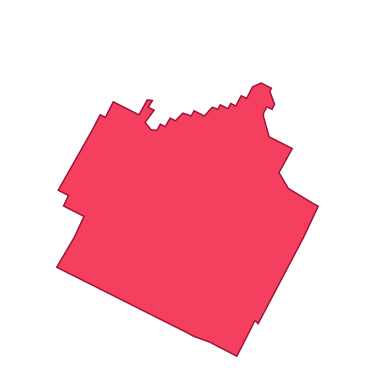 Tuscaloosa, Alabama, United States of America (Robinson projection), rotated 297°
{"feature_id": "52423323B92011906728955", "entity_name": "Tuscaloosa", "entity_type": "district", "adm_level": 2, "iso_a3": "USA", "parent_name": "United States of America", "parent_adm1": "Alabama", "projection": "robinson", "projection_center": [-87.372, 33.307], "detail": "fine", "context": "isolated", "style": "filled", "palette": "rose", "viewbox_px": 384, "rotation_deg": 297, "n_neighbors": 0, "source": "geoboundaries", "source_scale": "gbopen_adm2", "svg_char_len": 911}
<svg xmlns="http://www.w3.org/2000/svg" viewBox="0 0 384 384"><g transform="rotate(297 192 192)"><path d="M63.5,105.6L64.1,200.8L64.4,252.6L64.2,259.2L66.3,276.2L66.0,306.5L92.6,306.5L105.1,306.4L106.0,307.2L104.7,310.7L202.3,312.0L236.6,310.9L236.8,303.6L238.9,276.2L248.8,260.7L276.2,261.6L276.2,235.6L291.8,221.3L294.7,219.9L301.8,220.0L302.0,225.7L307.7,225.7L316.9,215.7L320.5,215.6L320.5,207.4L320.5,204.1L313.2,198.3L300.2,198.2L300.1,192.2L288.5,192.0L288.5,186.3L282.7,186.3L282.6,183.5L282.5,177.6L277.6,177.6L276.7,171.6L265.3,168.5L265.3,157.0L259.5,156.8L258.1,148.0L247.9,144.9L247.9,139.0L238.0,138.5L238.1,133.0L230.9,132.8L228.9,127.1L232.7,118.6L247.7,121.1L247.6,114.5L255.5,115.2L253.7,110.3L236.7,109.8L236.6,80.9L219.2,81.0L219.2,75.2L201.7,75.0L132.8,72.0L132.8,83.5L121.2,83.9L121.2,106.9L114.3,107.1L98.0,107.7L63.5,105.6Z" fill="#f43f5e" stroke="#9f1239" stroke-width="1.5"/></g></svg>